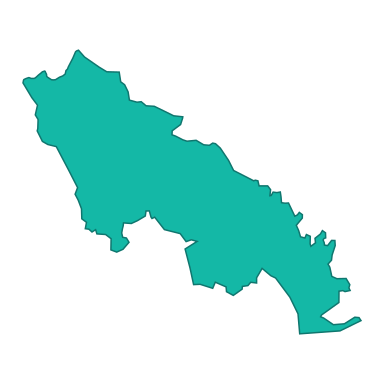 the district of Tranqueras, Rivera, Uruguay
{"feature_id": "84410073B22832940663467", "entity_name": "Tranqueras", "entity_type": "district", "adm_level": 2, "iso_a3": "URY", "parent_name": "Uruguay", "parent_adm1": "Rivera", "projection": "natural_earth1", "projection_center": [-55.729, -31.199], "detail": "fine", "context": "isolated", "style": "filled", "palette": "teal", "viewbox_px": 384, "rotation_deg": 0, "n_neighbors": 0, "source": "geoboundaries", "source_scale": "gbopen_adm2", "svg_char_len": 2603}
<svg xmlns="http://www.w3.org/2000/svg" viewBox="0 0 384 384"><path d="M78.5,50.2L76.8,50.8L75.6,51.7L72.8,58.2L68.4,66.7L67.4,69.2L66.0,70.5L65.2,74.0L62.8,75.9L59.5,77.2L55.5,79.7L53.6,79.9L52.0,79.8L51.4,79.7L51.2,79.6L51.0,79.4L49.1,78.2L47.7,77.3L47.0,76.7L46.7,76.4L46.6,75.1L46.5,74.2L46.3,73.9L45.7,72.7L45.2,71.5L45.0,71.3L44.8,71.1L44.4,71.1L43.3,71.5L42.4,71.8L42.1,72.0L41.5,72.6L38.4,75.1L36.8,76.6L35.4,77.8L35.0,78.0L34.4,78.3L34.1,78.4L33.7,78.4L32.5,78.4L31.8,78.4L31.1,78.4L30.6,78.2L29.6,77.8L29.3,77.7L29.0,77.6L28.7,77.6L26.1,78.5L25.5,78.8L25.2,78.9L24.0,79.5L23.8,79.7L23.5,80.3L23.4,80.8L23.3,81.4L23.0,82.9L31.8,97.6L37.5,105.2L35.3,114.9L38.1,119.5L37.8,128.5L37.2,130.9L42.4,141.4L47.8,144.5L56.3,146.6L68.9,170.6L77.6,187.6L75.1,194.2L78.2,200.1L81.5,208.8L81.8,218.8L86.5,222.3L85.3,228.7L88.9,229.2L92.0,232.0L95.6,229.7L96.9,233.9L105.6,234.5L111.1,238.7L110.9,249.9L116.7,252.1L123.0,249.3L129.0,242.3L126.4,238.0L122.7,237.3L121.7,233.0L122.5,228.5L123.2,225.8L123.5,222.9L131.3,223.5L137.4,220.7L145.3,216.0L146.0,211.0L149.3,210.9L151.0,217.1L152.0,218.5L154.7,217.2L164.4,229.6L180.2,233.6L186.1,241.6L191.3,239.8L197.1,241.4L185.1,249.0L190.0,267.9L193.6,284.6L200.1,284.3L212.7,288.3L215.3,282.2L226.1,286.9L226.5,291.7L233.3,295.4L242.1,289.2L242.4,286.4L247.9,285.6L250.7,282.3L256.6,283.0L256.6,277.8L262.1,268.4L270.8,275.7L275.6,278.0L289.9,297.2L298.0,313.8L299.7,333.8L340.0,330.9L361.0,320.6L359.0,317.6L354.8,317.2L344.4,323.8L333.4,324.7L323.6,318.0L320.6,316.8L321.5,315.0L338.9,302.5L339.0,291.2L342.9,290.6L345.0,291.6L350.1,290.5L348.9,287.9L349.8,284.7L346.1,278.5L336.9,278.7L331.8,276.4L329.8,267.2L328.0,264.1L331.5,260.2L332.1,255.1L335.2,245.6L334.9,240.5L331.6,240.4L327.6,245.6L324.5,245.1L324.2,242.7L323.1,239.9L324.0,238.5L325.7,237.9L325.5,232.8L322.4,230.6L320.4,234.0L315.0,238.3L315.5,242.8L310.9,246.3L310.1,243.9L310.3,236.3L306.4,234.5L304.9,238.0L300.5,236.8L298.7,230.7L296.3,225.3L302.3,218.1L302.4,214.7L299.3,212.4L297.4,214.9L294.8,216.2L288.5,203.0L285.1,203.2L281.5,202.7L281.0,196.7L280.3,192.0L276.9,192.6L273.1,192.1L271.2,195.5L269.9,195.7L270.6,189.7L267.7,185.9L259.1,185.9L257.9,180.8L255.3,180.2L253.7,180.8L233.6,170.5L228.6,160.5L220.3,148.1L215.5,143.7L212.7,143.1L209.4,145.3L203.7,144.8L196.1,140.3L187.0,141.2L182.8,139.8L175.6,136.1L172.0,134.8L172.2,130.8L180.6,124.5L182.6,118.2L182.8,116.8L173.7,115.8L154.3,106.3L146.1,105.8L141.2,101.7L137.0,102.2L129.4,100.1L128.1,91.9L124.6,84.7L120.7,81.8L119.2,72.1L106.8,71.8L98.9,67.0L84.5,57.0L78.5,50.2Z" fill="#14b8a6" stroke="#0f766e" stroke-width="1.5"/></svg>